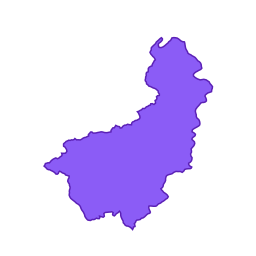 Medeiros, Minas Gerais, Brazil, rotated 103°
{"feature_id": "56859067B84932936510356", "entity_name": "Medeiros", "entity_type": "district", "adm_level": 2, "iso_a3": "BRA", "parent_name": "Brazil", "parent_adm1": "Minas Gerais", "projection": "natural_earth1", "projection_center": [-46.359, -20.022], "detail": "fine", "context": "isolated", "style": "filled", "palette": "violet", "viewbox_px": 256, "rotation_deg": 103, "n_neighbors": 0, "source": "geoboundaries", "source_scale": "gbopen_adm2", "svg_char_len": 5212}
<svg xmlns="http://www.w3.org/2000/svg" viewBox="0 0 256 256"><g transform="rotate(103 128 128)"><path d="M225.9,100.7L224.4,100.4L223.3,100.4L222.4,99.0L221.1,99.5L219.8,100.3L218.4,99.5L217.0,99.4L215.7,98.6L215.1,96.9L214.3,95.4L213.0,94.7L212.2,93.1L210.9,91.9L209.5,91.0L208.2,90.2L207.1,89.3L206.2,87.6L204.9,87.3L203.5,88.3L202.2,89.3L200.5,90.0L199.4,90.0L198.9,88.6L198.7,87.0L198.5,85.4L198.1,83.8L197.5,82.7L196.3,82.0L195.0,81.2L194.4,80.1L193.5,79.1L192.6,78.5L191.4,77.2L190.2,76.1L189.0,75.3L187.7,73.9L185.9,73.3L184.5,74.6L183.5,76.4L182.6,78.8L181.3,80.4L180.6,81.6L179.7,82.3L178.3,81.1L176.9,80.7L175.0,80.8L173.5,80.3L172.2,79.8L170.5,79.6L168.9,80.0L167.2,80.0L166.1,79.8L165.1,79.0L164.2,77.7L163.3,75.9L162.5,74.6L160.9,73.4L159.5,71.5L159.2,69.4L158.6,67.3L159.0,65.2L157.5,64.0L155.6,63.4L154.7,61.8L154.1,60.0L153.6,58.2L152.8,57.3L151.7,57.1L151.1,59.2L150.0,60.6L148.7,61.0L147.3,59.6L145.7,58.8L144.1,58.7L142.5,58.9L141.1,60.4L139.2,61.2L137.2,60.7L135.5,61.2L134.2,61.8L132.4,60.9L130.8,60.0L129.5,59.6L128.0,59.5L126.5,60.2L125.6,61.7L124.8,63.1L123.6,63.2L122.5,62.6L121.5,61.7L120.4,60.9L118.9,60.9L117.9,62.6L117.3,64.7L115.5,64.9L114.2,64.0L112.8,62.5L111.3,60.8L109.9,59.4L108.8,58.8L107.2,59.0L105.3,59.8L103.8,61.0L102.9,62.9L101.6,64.0L99.7,64.5L98.2,65.4L96.4,66.2L94.5,66.2L93.4,65.7L92.1,65.2L90.6,64.3L88.9,63.4L87.3,62.7L86.4,61.3L86.1,60.0L85.2,58.5L84.0,57.7L82.8,58.0L81.7,58.6L80.7,59.3L79.6,60.2L78.3,60.0L77.1,59.1L75.9,58.1L75.0,56.6L73.8,54.8L72.0,55.0L70.3,54.8L68.6,55.0L67.3,56.6L66.5,57.8L65.7,58.6L64.7,59.4L64.2,60.9L63.5,62.7L63.5,65.1L64.2,66.8L64.9,68.5L64.5,71.5L63.7,73.9L62.6,75.9L60.9,76.3L59.4,75.5L57.9,74.2L57.1,73.2L56.2,72.3L55.4,71.3L54.6,70.3L53.1,69.5L51.7,70.3L49.9,70.9L48.5,71.8L47.4,73.3L46.8,75.1L45.4,76.8L44.2,78.4L43.6,80.1L43.2,81.8L42.5,83.3L42.3,84.7L41.7,86.3L40.2,87.3L38.7,88.7L37.5,89.7L36.2,90.3L35.0,90.8L33.8,91.3L32.7,91.7L31.4,92.4L31.6,94.2L31.3,95.8L30.6,97.2L29.9,98.6L29.3,100.3L29.4,102.2L29.6,103.7L30.4,105.5L32.3,105.9L33.7,106.7L34.8,107.7L36.2,108.2L37.4,109.2L39.4,110.6L40.9,111.9L42.0,113.4L42.5,115.0L42.0,116.4L40.4,117.1L39.2,117.3L38.1,116.7L37.1,115.7L35.8,114.9L34.4,114.3L33.2,114.6L32.5,115.8L33.5,116.7L34.5,117.4L35.5,118.0L36.7,118.9L38.0,119.8L39.4,120.1L40.6,120.8L41.8,121.7L43.1,122.5L44.4,123.3L45.7,123.2L46.9,122.9L48.2,123.4L49.4,123.6L50.8,122.4L51.8,121.0L52.7,119.9L53.3,118.7L54.4,117.5L55.4,116.7L56.4,117.5L57.8,117.8L59.6,118.4L61.0,118.7L62.1,118.6L62.8,119.8L64.0,121.0L65.3,121.6L67.0,121.3L68.7,121.0L69.7,122.4L71.2,122.5L72.8,122.0L74.4,122.3L75.5,122.0L76.8,122.1L78.1,121.8L79.1,120.5L80.9,119.8L81.4,118.5L82.5,117.1L82.6,115.3L82.9,114.0L83.3,112.5L83.4,110.9L83.7,109.7L84.5,108.2L85.2,106.9L86.6,106.5L87.8,105.1L89.2,104.8L89.9,106.5L91.2,107.3L92.3,106.5L93.9,106.6L95.1,107.8L96.5,107.1L97.7,106.8L99.2,108.0L98.8,109.8L99.3,111.3L100.6,111.4L101.5,112.9L102.5,113.6L103.2,114.9L104.4,115.5L105.4,116.4L105.6,118.0L107.2,118.9L108.0,120.0L109.2,121.2L110.0,122.5L110.9,121.3L112.5,120.1L113.7,119.2L115.0,118.7L116.3,118.8L117.4,120.0L118.4,121.0L119.1,122.7L120.1,123.4L121.1,124.9L122.5,125.5L124.1,125.3L124.5,127.7L124.4,129.2L125.5,130.4L126.1,132.1L127.6,133.5L129.2,134.1L129.8,135.6L128.6,136.6L128.7,138.5L128.2,140.5L129.5,140.9L130.9,141.4L131.2,142.7L132.4,143.3L134.1,144.0L135.6,143.7L136.3,145.3L137.3,147.5L137.7,149.7L137.6,152.1L137.8,153.4L138.5,154.8L139.2,156.5L140.0,158.0L140.4,159.3L140.8,160.8L140.0,162.3L140.4,163.6L141.6,164.1L143.2,165.1L144.6,164.6L145.6,165.9L146.5,166.9L147.1,168.3L148.1,169.6L149.4,170.7L150.4,171.9L150.6,173.5L151.1,175.5L150.2,177.4L151.4,178.0L152.1,179.2L152.3,180.6L153.1,181.5L153.2,183.0L154.2,184.1L155.0,185.3L156.0,185.8L157.0,186.6L157.9,187.2L159.0,187.0L160.3,186.6L160.7,185.2L161.8,184.0L163.0,182.9L164.6,182.3L166.6,183.2L167.3,185.6L167.5,187.0L168.7,186.3L170.0,186.3L171.5,187.7L173.0,188.7L173.8,189.9L173.4,191.6L174.4,193.0L175.6,194.3L177.0,195.4L178.4,196.1L179.6,196.7L179.9,198.2L180.6,199.3L181.2,200.5L182.5,200.6L184.0,201.2L185.1,199.1L186.1,197.8L186.5,196.3L186.3,194.8L186.7,193.6L187.1,191.6L187.9,189.4L189.0,188.1L189.0,186.7L188.0,185.7L186.7,185.6L185.5,184.9L185.8,183.5L186.5,181.9L186.8,179.3L187.8,178.3L187.9,176.7L188.1,174.5L189.8,174.3L191.4,174.8L193.3,174.8L194.8,173.7L195.6,172.6L197.0,172.2L198.7,171.1L200.3,170.9L201.5,171.1L203.1,170.9L204.4,170.4L205.6,170.4L206.9,170.1L208.4,169.0L209.5,167.9L210.5,165.9L211.1,164.6L211.8,163.1L212.9,161.3L213.4,159.6L214.1,158.1L215.2,156.8L216.8,155.8L218.3,154.6L219.8,152.8L221.2,151.6L222.3,150.8L223.5,150.3L224.8,149.2L226.0,147.7L226.7,146.6L226.7,145.2L226.5,143.7L225.2,142.3L224.9,140.6L224.2,139.6L223.0,138.5L223.1,136.9L222.8,135.6L221.6,135.3L220.3,135.9L220.4,134.0L220.5,132.1L219.4,131.2L218.3,131.6L216.7,132.3L215.4,131.2L214.8,129.3L214.2,127.6L213.9,126.4L213.3,125.2L213.7,123.5L215.6,123.6L216.5,122.9L216.7,121.5L215.5,120.7L214.1,120.1L212.8,118.7L211.0,117.6L211.9,116.5L213.1,115.8L214.6,115.5L216.1,114.8L217.9,113.5L219.8,111.8L221.4,111.3L222.2,110.1L223.4,108.8L223.8,107.3L223.6,105.8L224.0,104.0L224.9,102.1L225.9,100.7Z" fill="#8b5cf6" stroke="#5b21b6" stroke-width="1.5"/></g></svg>